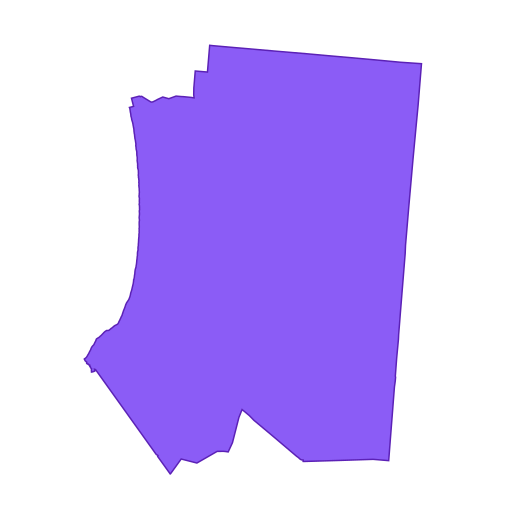 outline of Frankston, Victoria, Australia, rotated 356°
{"feature_id": "25037944B48660808239770", "entity_name": "Frankston", "entity_type": "district", "adm_level": 2, "iso_a3": "AUS", "parent_name": "Australia", "parent_adm1": "Victoria", "projection": "orthographic", "projection_center": [145.129, -38.134], "detail": "fine", "context": "isolated", "style": "filled", "palette": "violet", "viewbox_px": 512, "rotation_deg": 356, "n_neighbors": 0, "source": "geoboundaries", "source_scale": "gbopen_adm2", "svg_char_len": 5685}
<svg xmlns="http://www.w3.org/2000/svg" viewBox="0 0 512 512"><g transform="rotate(356 256 256)"><path d="M434.5,75.7L413.6,72.8L404.6,71.3L388.8,68.7L366.5,65.1L342.5,61.3L321.4,57.9L288.5,52.8L254.4,47.4L251.7,47.0L227.8,43.2L224.5,42.6L220.4,69.1L211.4,67.7L208.3,67.2L205.7,84.1L205.1,91.0L205.3,93.9L204.0,93.7L203.0,93.4L202.5,93.3L194.2,91.9L193.1,91.8L192.4,91.7L187.4,90.9L180.0,93.0L174.1,90.9L168.6,93.0L167.4,93.6L166.7,93.9L164.0,95.0L162.7,95.2L161.7,94.9L155.1,90.2L153.2,88.8L152.4,88.7L152.2,88.7L151.7,89.0L150.7,88.4L142.8,89.9L144.3,98.2L140.1,99.0L140.3,99.6L140.5,100.2L140.5,100.9L140.6,102.3L140.7,103.7L140.8,104.4L140.9,105.0L141.0,106.4L141.0,107.2L141.0,107.9L141.2,108.5L141.3,109.1L141.4,109.8L141.5,110.4L141.5,111.1L141.6,111.7L141.8,112.3L141.9,112.9L142.1,113.6L142.3,114.8L142.4,115.5L142.5,116.4L142.5,116.8L142.6,117.5L142.7,118.2L142.7,118.9L142.9,119.5L142.9,120.2L143.0,120.9L143.0,121.6L143.0,122.3L143.0,123.0L143.0,123.7L143.1,124.4L143.1,125.2L143.3,126.5L143.3,128.0L143.4,129.4L143.4,130.1L143.5,130.8L143.7,132.1L143.8,133.4L143.9,134.6L143.9,134.8L144.0,135.5L144.0,136.3L143.8,136.9L143.8,137.5L143.8,138.2L143.9,138.8L143.9,139.6L143.9,140.3L143.9,141.0L144.1,142.2L144.2,142.9L144.3,143.5L144.3,144.3L144.3,145.0L144.2,145.7L144.2,146.3L144.2,147.1L144.2,147.5L144.3,148.2L144.3,148.9L144.4,149.7L144.3,150.4L144.3,151.0L144.2,151.6L144.1,152.3L144.1,153.0L144.2,153.7L144.2,154.4L144.3,155.1L144.3,155.8L144.3,156.5L144.2,157.1L144.2,157.9L144.2,158.6L144.1,159.2L144.1,159.9L144.4,161.2L144.5,161.8L144.6,162.5L144.6,163.2L144.5,163.9L144.5,164.5L144.5,165.3L144.4,165.9L144.3,166.5L144.2,167.2L144.3,168.6L144.2,169.3L144.3,169.9L144.4,170.6L144.4,171.3L144.4,172.0L144.5,172.7L144.4,173.4L144.3,174.0L144.2,174.7L144.3,175.3L144.3,176.0L144.2,176.6L144.1,177.2L144.0,177.8L144.1,178.5L144.1,179.1L144.1,179.8L144.2,180.4L144.2,181.1L144.1,181.8L144.1,182.9L144.1,183.5L144.1,184.2L144.0,184.9L143.8,186.1L143.8,186.8L143.6,187.4L143.5,188.0L143.5,188.7L143.6,189.4L143.7,190.1L143.7,190.8L143.6,191.5L143.5,192.1L143.5,192.7L143.4,193.4L143.4,194.1L143.4,194.8L143.3,195.4L143.1,195.9L143.0,196.6L143.2,197.2L143.2,198.0L143.2,199.3L143.1,200.0L143.1,201.4L143.0,202.0L142.8,202.5L142.7,203.1L142.7,203.9L142.7,204.6L142.7,205.2L142.7,205.9L142.4,207.8L142.2,209.0L142.1,209.7L142.2,211.1L142.2,211.9L142.2,212.5L142.0,213.1L141.9,213.7L141.8,214.4L141.8,215.0L141.7,215.7L141.7,216.4L141.6,217.0L141.7,217.8L141.6,218.4L141.6,219.1L141.5,219.7L141.3,220.2L141.3,220.9L141.3,221.4L141.3,222.0L141.2,222.6L141.1,223.3L141.2,224.2L141.0,224.9L140.7,226.5L140.6,228.4L140.4,229.1L140.3,230.0L140.1,230.9L139.9,232.8L139.7,234.4L139.4,236.1L139.4,236.7L139.4,237.1L139.1,238.1L138.8,239.8L138.8,240.7L138.7,241.9L138.3,243.1L138.2,243.4L138.0,244.3L137.8,246.2L137.8,247.0L137.5,248.1L137.1,250.6L136.8,251.9L136.5,253.9L136.3,255.0L136.1,256.1L135.9,256.7L135.7,257.7L135.5,258.7L135.0,260.0L134.7,260.7L134.4,262.0L134.3,262.3L134.1,263.5L133.8,265.6L133.5,266.5L133.2,268.2L133.2,268.4L133.1,268.9L133.0,269.2L132.8,269.8L132.6,270.7L132.2,271.3L132.2,271.8L132.1,272.6L131.9,273.4L131.7,274.5L131.4,275.6L131.1,276.5L130.5,278.4L129.7,281.1L129.3,282.1L128.4,284.3L128.1,285.6L127.5,287.5L127.2,288.2L126.9,288.8L126.1,290.5L125.2,291.7L123.7,293.6L122.5,295.8L122.2,296.7L121.5,298.3L120.9,299.6L120.1,301.1L120.0,301.4L119.7,302.2L119.4,302.8L119.0,303.9L118.7,304.5L118.4,305.4L118.2,306.0L117.6,306.8L117.3,307.3L117.1,307.8L116.5,308.8L115.6,310.5L115.1,311.3L114.5,312.3L114.1,313.2L113.6,313.9L112.9,314.5L111.2,315.2L110.4,315.5L109.9,315.9L109.5,316.0L109.3,316.2L108.1,317.1L106.7,318.1L106.3,318.2L106.2,318.4L106.0,318.5L105.9,318.6L105.7,318.7L105.5,318.9L104.9,319.3L104.5,319.6L104.3,319.7L104.2,319.8L103.3,320.0L102.3,319.9L101.7,319.9L100.3,320.7L99.7,321.1L98.9,321.8L98.7,321.9L98.4,322.3L97.8,322.8L96.4,324.1L95.7,324.7L95.2,325.0L93.9,326.1L92.7,326.7L91.1,327.6L90.8,328.0L90.7,328.3L90.4,329.1L90.0,329.8L88.6,332.1L88.5,332.3L88.4,332.6L88.2,333.0L87.4,333.8L87.1,334.0L86.4,334.7L85.9,335.3L85.5,335.9L85.1,336.6L84.4,338.2L84.0,338.9L83.8,339.1L83.6,339.3L82.5,341.3L82.0,342.1L81.4,342.9L81.2,343.1L80.8,343.9L79.6,345.4L78.2,346.4L77.9,346.5L77.5,346.8L77.7,347.2L77.8,347.3L77.9,347.5L78.0,348.0L78.1,348.3L78.3,348.7L78.7,349.0L78.8,349.2L78.9,349.3L79.0,349.4L79.4,349.7L79.5,349.8L79.7,350.0L79.8,350.1L79.7,350.4L79.6,350.6L79.6,350.8L79.7,351.0L79.6,351.3L79.8,351.5L80.0,351.6L80.2,351.9L80.4,351.9L80.4,352.0L80.6,352.1L80.9,352.2L81.1,352.2L81.2,352.3L81.3,352.3L81.5,352.6L81.5,352.8L81.7,353.0L81.8,353.1L82.2,353.2L82.4,353.2L82.5,353.2L82.6,353.3L82.4,353.6L82.4,354.1L82.4,354.3L82.8,354.6L83.0,354.7L83.0,354.9L83.0,355.4L83.0,355.6L83.2,355.9L83.3,356.1L83.5,356.3L83.8,356.6L84.0,356.8L83.9,356.9L83.8,357.0L83.9,357.4L83.9,357.6L83.9,357.9L83.9,358.0L83.8,358.5L83.8,358.8L83.8,359.0L83.9,359.4L83.8,359.5L83.8,360.3L85.0,360.2L87.1,359.6L87.1,358.7L87.0,357.7L88.0,358.1L91.0,363.0L111.6,396.5L142.3,446.5L142.8,447.2L144.3,448.1L143.9,449.1L155.2,467.4L155.7,467.1L167.2,453.3L182.6,458.4L203.6,448.2L203.9,448.2L210.0,448.6L211.9,448.9L214.6,449.5L218.4,442.6L219.5,440.6L227.7,415.8L231.4,408.2L238.2,414.7L242.5,419.8L252.4,429.3L261.1,437.7L269.4,445.8L282.5,458.6L284.1,459.9L286.0,461.9L287.1,462.5L288.9,462.9L288.7,464.2L289.2,464.3L326.2,465.8L358.6,467.0L374.1,469.4L378.4,440.4L381.6,419.0L382.7,411.5L385.0,396.1L385.6,393.3L386.2,390.4L386.8,386.6L386.6,385.6L389.2,367.7L392.3,348.9L392.8,344.5L394.6,332.6L396.0,323.2L405.0,263.9L405.9,255.8L412.0,216.6L419.5,169.6L424.6,138.7L428.3,116.5L434.5,75.7Z" fill="#8b5cf6" stroke="#5b21b6" stroke-width="1.5"/></g></svg>